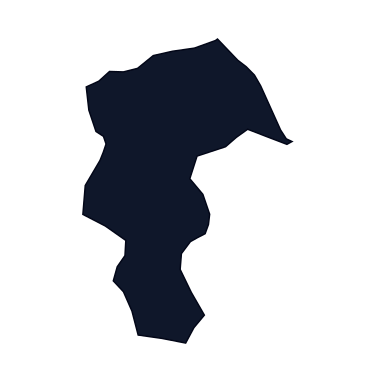 map outline of Dəvəçi (orthographic projection), rotated 342°
{"feature_id": "AZE-1701", "entity_name": "Dəvəçi", "entity_type": "District", "adm_level": 1, "iso_a3": "AZE", "parent_name": "Azerbaijan", "parent_adm1": "", "projection": "orthographic", "projection_center": [48.885, 41.11], "detail": "fine", "context": "isolated", "style": "filled", "palette": "ink", "viewbox_px": 384, "rotation_deg": 342, "n_neighbors": 0, "source": "natural_earth", "source_scale": "10m", "svg_char_len": 797}
<svg xmlns="http://www.w3.org/2000/svg" viewBox="0 0 384 384"><g transform="rotate(342 192 192)"><path d="M263.5,54.4L276.2,80.8L282.3,89.7L287.5,100.1L290.1,112.3L295.4,160.4L298.1,170.6L302.7,174.9L297.0,176.0L280.4,162.6L264.3,149.5L251.1,153.7L237.9,159.3L207.9,159.4L194.0,178.7L201.6,197.6L201.9,218.6L197.6,228.0L191.6,235.7L183.0,237.1L175.1,238.7L162.9,247.3L156.8,262.0L160.3,287.3L165.7,312.9L151.9,321.6L139.3,333.7L118.1,321.9L96.6,311.4L98.1,286.7L96.0,265.7L89.7,252.2L97.8,240.0L108.6,231.8L114.1,217.6L99.0,197.5L81.3,179.6L92.5,152.8L114.3,133.5L119.9,126.8L125.1,119.8L125.0,111.7L119.4,104.8L119.2,82.3L123.9,59.4L137.6,57.8L150.8,51.9L163.9,56.6L178.4,57.6L197.3,50.3L216.9,52.1L238.7,55.9L261.1,55.2L263.5,54.4Z" fill="#0f172a" stroke="#020617" stroke-width="1.5"/></g></svg>